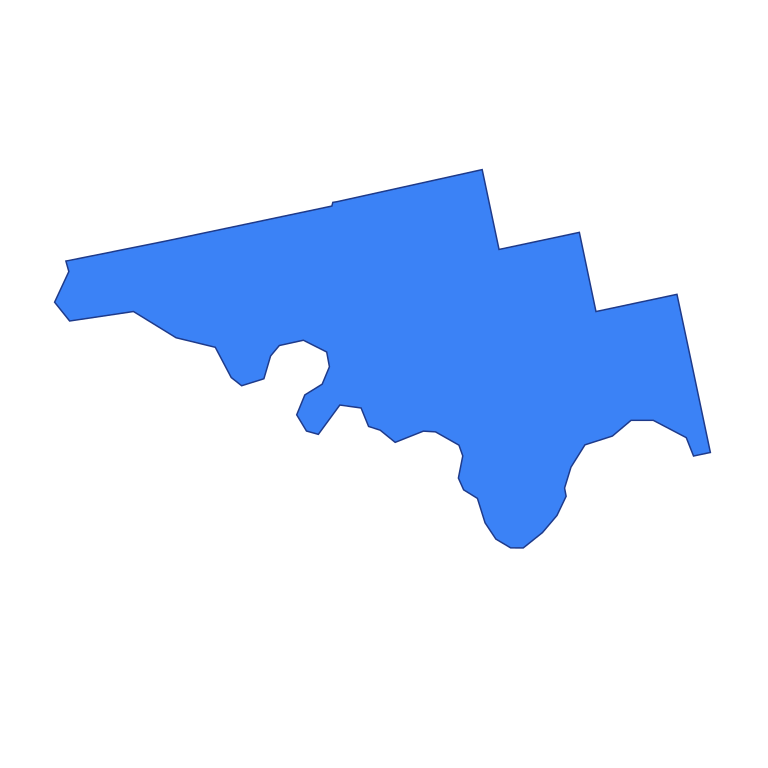 the district of Pawnee, Oklahoma, United States of America, rotated 168°
{"feature_id": "52423323B92257960877908", "entity_name": "Pawnee", "entity_type": "district", "adm_level": 2, "iso_a3": "USA", "parent_name": "United States of America", "parent_adm1": "Oklahoma", "projection": "robinson", "projection_center": [-96.654, 36.362], "detail": "fine", "context": "isolated", "style": "filled", "palette": "blue", "viewbox_px": 768, "rotation_deg": 168, "n_neighbors": 0, "source": "geoboundaries", "source_scale": "gbopen_adm2", "svg_char_len": 886}
<svg xmlns="http://www.w3.org/2000/svg" viewBox="0 0 768 768"><g transform="rotate(168 384 384)"><path d="M669.6,570.4L668.9,559.5L689.2,532.5L678.4,511.0L614.0,507.0L577.8,472.5L541.4,455.0L532.1,422.1L523.6,411.9L500.4,414.1L489.1,435.0L478.4,443.4L453.8,443.6L433.4,427.2L433.8,412.2L444.5,396.7L463.7,389.8L475.8,372.0L469.6,354.1L458.7,348.4L431.6,372.6L411.4,365.3L407.9,345.7L397.3,339.6L385.2,324.6L355.3,329.7L343.6,326.5L323.4,308.6L321.9,297.3L330.8,276.5L328.1,263.9L316.4,252.7L314.0,227.2L306.8,209.0L294.2,197.4L281.9,194.7L259.8,205.8L242.1,219.5L229.2,236.3L229.0,244.7L218.4,263.8L200.1,282.7L171.4,285.6L149.9,297.1L128.2,292.5L99.5,268.7L96.2,249.2L79.0,249.2L78.8,344.2L78.8,410.8L161.6,410.8L161.4,491.7L243.5,491.7L243.4,573.3L392.5,572.1L396.3,572.3L398.0,568.9L567.0,569.2L646.7,570.1L669.6,570.4Z" fill="#3b82f6" stroke="#1e3a8a" stroke-width="1.5"/></g></svg>